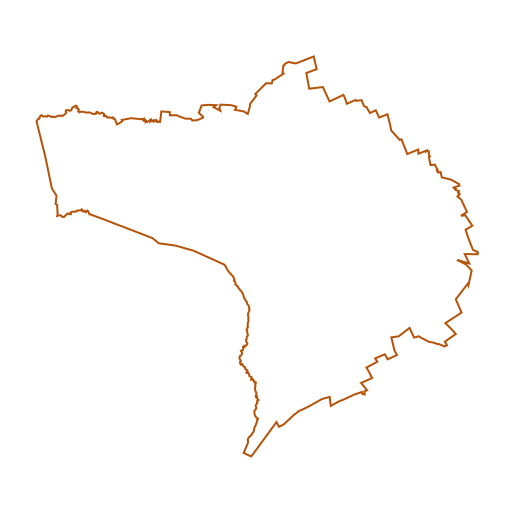 Ngaka Modiri Molema, North West, South Africa, rotated 271°
{"feature_id": "47623444B28912463422483", "entity_name": "Ngaka Modiri Molema", "entity_type": "district", "adm_level": 2, "iso_a3": "ZAF", "parent_name": "South Africa", "parent_adm1": "North West", "projection": "orthographic", "projection_center": [25.83, -25.802], "detail": "fine", "context": "isolated", "style": "outline", "palette": "amber", "viewbox_px": 512, "rotation_deg": 271, "n_neighbors": 0, "source": "geoboundaries", "source_scale": "gbopen_adm2", "svg_char_len": 6046}
<svg xmlns="http://www.w3.org/2000/svg" viewBox="0 0 512 512"><g transform="rotate(271 256 256)"><path d="M398.0,67.1L398.6,65.4L398.6,64.4L398.3,63.5L397.3,63.2L396.3,63.8L395.7,63.6L394.1,62.1L392.5,59.8L393.1,58.7L392.6,57.3L392.9,56.5L391.2,51.8L391.9,50.2L391.4,49.3L392.8,45.6L392.6,45.2L391.7,44.7L392.0,42.8L391.8,40.7L392.7,39.7L392.8,38.2L389.5,36.8L389.6,36.0L386.9,34.2L351.2,43.7L320.1,50.7L312.7,55.5L304.5,54.7L303.5,56.3L294.3,56.9L292.6,56.5L293.1,57.9L293.2,60.2L292.9,60.7L291.9,61.3L291.6,63.2L294.9,66.6L295.2,66.7L294.4,69.2L294.5,70.1L295.0,70.2L295.6,69.6L295.9,69.6L296.3,70.2L296.9,70.6L297.2,72.5L297.0,73.9L297.5,75.0L297.4,75.8L298.3,76.3L298.6,79.5L299.0,80.5L299.6,80.8L298.9,81.8L298.1,81.6L297.5,81.9L297.5,83.7L298.2,84.3L298.2,84.6L297.0,84.8L296.8,85.1L298.4,86.8L297.8,87.4L296.8,87.7L296.5,88.2L294.8,88.7L294.9,89.1L291.3,99.4L272.1,152.1L267.0,158.6L265.1,174.8L260.2,193.5L246.7,224.8L246.1,224.8L244.3,226.5L242.7,226.9L238.7,229.9L238.1,230.8L237.5,231.0L235.1,233.6L234.0,233.8L232.8,234.7L232.6,234.5L231.7,234.7L230.9,234.4L230.3,235.4L229.4,235.8L227.4,235.8L226.9,236.8L225.8,237.4L225.1,238.5L224.5,238.5L223.6,239.2L222.1,240.5L221.4,240.9L220.4,242.1L219.3,242.8L217.0,243.9L213.4,245.0L212.0,246.1L210.9,246.6L210.0,247.6L207.4,248.3L206.6,249.3L205.8,249.7L204.4,250.1L203.5,249.9L201.9,250.5L198.5,249.1L196.0,249.1L194.3,249.6L192.5,249.3L192.0,249.7L190.4,249.5L189.7,249.1L185.5,248.8L184.8,249.2L184.1,248.7L183.0,248.6L182.6,248.0L182.0,247.8L180.1,248.6L178.6,248.7L177.2,249.3L176.1,249.2L175.5,248.5L174.7,248.1L172.6,248.1L171.8,247.5L170.3,247.7L168.9,248.7L167.9,248.9L167.0,248.3L166.5,247.5L165.8,247.1L166.0,246.0L164.6,245.9L164.6,245.6L165.2,244.9L165.0,244.6L164.1,244.9L162.0,244.6L161.6,244.1L161.0,242.6L160.3,242.8L159.3,243.7L157.6,243.5L156.3,242.8L155.9,241.8L153.5,241.1L150.7,242.8L150.2,242.6L149.9,241.9L149.3,241.7L147.1,242.6L147.1,243.0L147.7,243.7L147.7,244.2L145.3,245.5L144.4,247.2L142.9,247.2L141.4,249.5L140.5,249.5L139.3,248.4L138.9,248.8L139.2,249.9L138.8,250.1L138.8,250.6L137.8,251.1L135.8,251.5L134.8,253.7L133.5,254.1L132.7,253.1L132.2,253.1L132.3,255.5L131.4,255.7L130.8,256.5L129.6,256.5L129.4,257.1L129.8,257.7L129.7,258.0L129.1,258.1L127.6,257.4L125.8,257.8L124.8,257.1L123.4,257.5L122.7,257.3L121.6,257.8L120.5,257.9L118.8,259.0L117.1,258.4L116.1,259.4L115.7,259.2L115.6,258.4L115.2,258.1L114.8,258.6L114.7,259.6L113.4,259.7L112.0,261.0L110.8,259.5L110.1,259.5L109.2,260.0L107.3,258.6L106.3,258.3L105.4,258.4L104.7,259.0L104.0,258.9L102.9,258.6L102.0,257.7L100.7,257.0L97.7,257.4L95.2,258.5L93.4,260.8L92.7,260.8L92.2,260.0L91.6,259.8L89.7,259.8L88.9,259.3L86.4,258.5L85.5,257.8L80.1,256.6L78.4,255.2L76.8,254.5L74.8,252.2L73.3,251.3L72.0,251.0L70.1,251.3L69.0,251.2L58.8,247.1L55.5,254.8L90.3,279.4L85.6,282.0L88.1,286.7L97.8,296.7L101.9,301.9L103.9,306.3L106.9,312.1L114.1,324.4L116.4,332.1L107.4,333.4L111.7,340.7L114.4,347.0L119.1,356.5L121.9,364.3L119.9,364.8L119.5,367.1L122.7,366.8L123.7,369.4L130.9,363.3L136.0,374.2L142.1,371.0L146.4,368.4L152.4,379.2L155.7,377.0L160.0,386.5L155.0,389.4L159.4,398.7L164.4,395.9L177.0,392.8L178.2,400.1L186.8,410.8L177.3,415.4L177.9,418.1L178.6,420.0L177.8,421.6L177.0,422.7L174.2,428.6L173.4,429.8L172.4,435.3L171.2,438.7L171.0,440.8L169.4,444.8L168.8,445.7L170.0,448.5L173.6,446.3L181.5,457.1L186.7,452.3L192.2,446.5L203.0,462.5L216.2,456.5L232.2,468.4L230.6,468.9L245.2,471.9L251.2,466.2L255.6,457.0L252.3,469.3L261.6,464.7L261.6,477.7L263.6,477.8L266.0,472.8L278.0,467.8L286.0,465.1L290.0,471.8L300.3,464.6L299.8,460.2L303.7,466.2L316.0,460.2L319.0,456.4L320.4,457.4L320.2,457.8L321.5,458.6L322.4,457.2L323.2,457.6L323.3,457.1L324.5,457.6L325.5,454.5L326.5,454.6L326.6,453.4L327.9,452.4L329.9,458.2L331.4,457.8L335.7,449.7L337.9,440.4L343.1,439.1L342.7,437.1L343.4,436.7L343.1,436.1L344.9,435.3L345.9,436.8L345.5,435.7L350.5,433.3L349.9,428.9L358.0,427.1L358.6,428.1L360.8,427.0L362.8,427.0L362.6,426.8L364.7,425.3L363.2,423.8L363.9,423.4L361.1,416.6L365.3,416.4L360.6,405.5L375.2,399.4L374.5,397.7L384.0,388.9L387.5,388.3L400.0,385.0L396.6,376.7L403.8,373.2L400.9,367.4L406.9,363.8L407.6,361.5L413.7,358.7L412.9,353.7L413.8,352.9L409.8,344.2L416.1,341.9L418.6,340.6L411.8,326.8L426.1,319.9L424.2,306.3L439.8,303.1L443.9,313.4L456.5,310.2L449.2,292.4L450.5,285.1L448.8,281.8L447.2,280.9L446.9,280.0L439.7,279.3L438.9,280.4L432.4,270.9L432.2,269.5L428.8,268.8L428.9,263.1L418.0,252.5L416.6,253.8L407.8,247.3L406.0,247.4L397.9,245.3L400.3,241.3L401.8,232.4L405.0,233.7L406.4,228.2L406.7,217.8L403.4,216.8L400.6,217.8L404.1,210.9L406.1,213.5L406.3,205.4L405.6,199.0L398.1,196.3L394.4,200.6L393.5,200.7L391.7,197.0L390.7,194.3L390.4,189.9L392.1,188.6L392.1,183.1L394.3,176.6L395.3,174.3L395.2,167.4L398.4,167.3L398.9,158.8L388.4,157.8L388.4,157.1L388.7,157.0L388.4,156.4L388.8,155.8L388.6,155.2L388.9,155.0L388.5,155.0L388.8,154.3L388.6,154.0L388.8,153.8L389.1,154.2L389.5,154.2L389.6,153.3L390.1,152.9L389.9,152.6L389.6,152.9L389.7,152.2L389.2,151.8L389.6,151.5L388.5,151.1L389.3,150.2L389.2,149.3L389.7,149.1L389.3,148.7L390.0,148.9L390.0,148.5L390.4,148.6L390.4,148.2L390.6,148.2L390.4,147.8L389.3,147.2L388.1,144.9L388.4,144.0L388.6,144.3L388.9,144.1L388.9,143.8L388.5,143.5L388.8,143.5L388.9,143.0L389.1,143.2L389.5,142.9L389.6,143.6L389.9,143.2L389.8,142.8L390.4,142.4L389.5,141.9L389.5,141.4L390.1,141.2L389.9,140.9L390.2,140.7L390.8,140.9L390.5,140.4L391.1,140.2L390.8,138.5L391.6,128.6L389.7,119.5L388.7,120.1L386.4,117.2L385.2,114.7L390.9,112.3L390.8,111.3L391.2,111.4L391.4,110.9L392.2,110.3L391.6,108.9L391.7,107.7L392.1,107.1L391.9,104.9L393.3,103.7L393.4,102.9L393.0,102.4L393.1,101.7L393.3,101.4L393.8,101.3L394.9,101.9L395.8,101.1L396.6,99.4L395.5,97.2L396.0,96.3L397.1,95.2L397.4,94.4L396.8,93.7L395.9,93.9L395.4,93.5L395.1,91.1L396.7,86.8L396.4,84.1L397.2,80.5L397.2,78.0L396.5,77.2L397.3,76.5L397.4,75.7L398.9,76.2L399.7,76.2L400.5,74.9L400.7,73.9L402.4,74.5L403.2,73.1L401.8,71.1L401.3,69.8L398.8,68.9L398.1,68.1L398.0,67.1Z" fill="none" stroke="#b45309" stroke-width="2"/></g></svg>